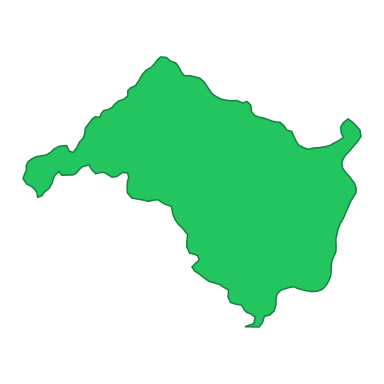 the district of Santana do Paraíso, Minas Gerais, Brazil
{"feature_id": "56859067B5957115857707", "entity_name": "Santana do Paraíso", "entity_type": "district", "adm_level": 2, "iso_a3": "BRA", "parent_name": "Brazil", "parent_adm1": "Minas Gerais", "projection": "mercator", "projection_center": [-42.534, -19.392], "detail": "fine", "context": "isolated", "style": "filled", "palette": "green", "viewbox_px": 384, "rotation_deg": 0, "n_neighbors": 0, "source": "geoboundaries", "source_scale": "gbopen_adm2", "svg_char_len": 2604}
<svg xmlns="http://www.w3.org/2000/svg" viewBox="0 0 384 384"><path d="M176.0,63.1L170.5,61.0L166.1,57.3L160.4,57.0L157.0,60.4L154.2,64.1L151.1,67.5L146.3,70.0L142.3,74.4L139.4,79.6L135.4,85.8L130.7,87.8L127.7,90.8L127.7,96.1L123.7,99.3L118.6,101.0L114.9,104.0L112.1,107.3L108.3,109.6L103.8,110.5L101.1,113.8L99.8,117.4L95.3,116.7L92.3,118.9L89.3,122.9L85.3,128.1L84.9,132.7L83.3,138.1L79.4,142.1L76.9,147.6L72.9,152.6L68.9,150.7L66.6,145.5L59.4,146.2L54.3,148.8L50.7,152.3L46.0,155.0L41.4,155.8L36.5,156.6L31.5,159.1L28.1,161.7L26.2,165.7L26.4,170.3L24.4,174.5L23.0,178.7L26.6,183.9L31.3,186.4L34.1,188.7L36.7,192.1L37.7,197.3L41.9,195.8L44.6,191.9L49.1,188.3L52.1,183.0L53.5,178.3L55.3,174.7L59.0,171.7L61.7,175.2L66.8,175.1L73.3,174.9L76.5,173.0L79.2,169.4L82.6,166.7L89.0,164.9L91.5,169.4L95.7,173.8L100.4,172.5L104.8,172.6L108.7,175.2L112.1,177.2L116.6,176.6L122.6,172.4L127.7,173.0L128.7,177.8L127.4,181.4L127.1,187.0L127.4,192.9L131.7,198.0L142.9,200.0L148.5,201.3L152.9,200.3L157.8,199.7L164.4,203.9L171.4,206.5L172.8,213.7L174.8,219.1L178.2,224.1L182.9,228.6L187.6,234.8L186.9,241.2L186.7,246.8L189.6,253.1L194.0,254.1L197.7,255.6L199.1,260.0L195.6,263.2L192.0,267.0L194.6,271.0L198.5,273.5L204.5,278.1L208.8,281.3L214.4,282.9L219.9,284.6L224.0,287.5L228.6,290.0L228.0,297.0L230.7,302.5L235.9,304.2L241.7,305.1L244.2,309.8L247.0,312.5L251.3,314.1L255.3,317.3L253.8,323.6L244.9,326.7L259.1,327.0L262.4,322.8L264.4,316.3L269.8,315.0L274.1,310.9L275.9,305.1L276.1,298.4L277.1,294.0L281.0,290.1L288.7,287.7L293.9,286.7L297.4,288.4L301.1,289.4L306.0,290.7L311.3,291.6L317.5,291.2L322.3,289.4L325.7,285.9L328.6,281.2L330.7,276.0L331.1,271.5L331.3,265.7L332.0,260.7L334.1,255.8L335.9,251.7L336.1,245.5L335.8,239.7L336.7,235.2L338.0,229.2L340.2,223.7L342.4,220.0L344.4,216.0L346.9,210.1L349.2,204.7L350.9,200.9L353.3,197.1L355.9,192.9L356.3,188.6L354.5,183.3L349.9,177.2L345.4,172.1L342.6,168.1L341.8,162.9L343.2,158.9L345.5,155.2L349.5,151.0L353.5,146.3L357.8,141.3L361.0,136.3L360.0,130.1L355.9,125.6L352.9,122.5L348.1,118.9L343.5,122.5L340.8,126.9L341.1,132.5L343.5,137.3L339.2,140.4L334.1,143.0L329.9,145.5L325.2,146.7L319.3,147.6L313.9,148.0L308.0,149.3L303.1,147.4L298.7,145.1L296.1,141.1L294.0,136.5L291.6,131.4L286.9,130.1L283.8,125.6L280.1,122.3L276.2,122.0L272.4,121.2L268.6,119.7L263.3,118.0L259.0,117.2L254.5,115.3L251.4,111.5L250.9,105.3L247.2,101.5L242.5,102.9L236.8,100.5L231.4,100.8L226.3,100.2L221.6,99.3L217.1,97.1L212.0,93.7L208.0,87.8L204.7,82.6L200.1,78.3L194.8,76.8L189.9,75.6L184.3,75.6L181.5,72.3L178.9,67.3L176.0,63.1Z" fill="#22c55e" stroke="#15803d" stroke-width="1.5"/></svg>